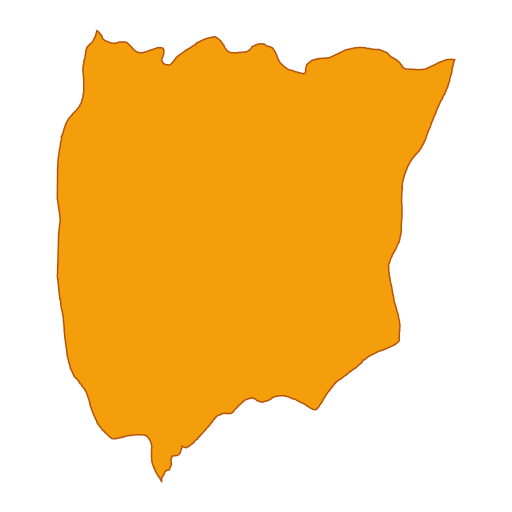 outline of Cidade De Nampula, Nampula, Mozambique
{"feature_id": "85939544B70859422468328", "entity_name": "Cidade De Nampula", "entity_type": "district", "adm_level": 2, "iso_a3": "MOZ", "parent_name": "Mozambique", "parent_adm1": "Nampula", "projection": "equal_earth", "projection_center": [39.268, -15.115], "detail": "fine", "context": "isolated", "style": "filled", "palette": "amber", "viewbox_px": 512, "rotation_deg": 0, "n_neighbors": 0, "source": "geoboundaries", "source_scale": "gbopen_adm2", "svg_char_len": 5830}
<svg xmlns="http://www.w3.org/2000/svg" viewBox="0 0 512 512"><path d="M57.6,169.0L57.3,198.9L58.1,202.4L58.1,204.2L58.5,205.8L58.7,209.0L59.5,212.2L59.5,213.9L59.9,215.7L60.2,220.7L59.5,225.5L59.1,230.2L58.6,234.3L57.9,262.7L57.6,267.7L57.6,273.1L57.3,275.9L58.1,281.9L59.0,292.0L59.4,294.0L59.4,295.5L59.8,297.1L59.8,298.6L60.4,300.1L60.8,303.2L60.8,304.6L61.2,306.0L61.2,307.5L62.5,312.6L62.5,314.0L63.4,317.5L63.3,320.8L63.8,322.6L63.8,324.2L64.1,325.9L64.3,332.3L64.6,333.7L64.8,337.6L65.3,339.7L65.3,341.2L65.7,342.6L65.7,344.2L66.1,345.8L66.1,347.4L66.5,348.8L66.5,350.2L67.0,351.7L67.0,353.2L67.4,356.6L68.3,359.8L68.8,362.5L70.2,366.3L70.2,367.8L74.4,376.7L78.1,380.2L80.0,383.7L81.2,384.3L82.1,386.1L84.5,389.2L86.5,392.7L88.9,399.5L90.4,405.9L93.0,413.1L95.4,418.7L96.5,420.4L96.9,422.3L98.0,424.1L102.7,430.3L104.3,431.5L105.2,432.8L107.9,434.9L108.9,436.3L111.9,438.6L115.6,438.8L119.1,437.8L120.2,437.8L121.6,437.3L122.9,437.3L125.3,436.2L126.4,436.2L127.7,435.6L130.8,435.6L132.1,435.1L135.0,434.8L142.1,434.8L144.7,435.1L147.0,436.3L148.1,437.6L150.4,440.9L151.8,446.0L151.5,451.1L151.5,457.6L151.8,459.5L151.8,461.2L152.6,464.4L155.4,471.1L156.3,473.0L157.4,474.3L158.2,476.3L159.7,477.6L160.2,479.0L161.1,480.9L161.6,481.3L161.6,478.3L164.3,473.7L165.1,471.6L166.6,470.5L169.4,469.8L169.9,467.9L170.8,466.3L171.3,464.7L171.0,459.6L171.7,457.3L172.9,455.9L177.1,455.5L178.7,454.6L180.1,453.0L181.5,448.6L182.4,446.9L182.2,446.3L185.8,447.8L189.3,446.1L190.3,444.9L191.8,444.2L194.0,442.4L195.0,440.5L197.2,439.3L197.6,437.9L199.1,437.2L200.2,435.6L205.9,429.4L206.8,428.0L208.5,426.7L211.1,423.1L212.3,422.1L213.0,420.1L214.5,419.2L215.1,417.6L216.3,416.9L217.5,415.7L218.6,415.0L219.7,415.0L222.3,413.7L223.8,413.4L230.3,413.6L232.5,412.5L234.0,411.0L234.5,409.7L235.6,409.0L236.9,407.7L239.0,405.2L241.1,403.8L242.1,402.4L244.5,400.7L245.7,399.4L247.0,399.5L249.5,398.3L253.0,398.0L255.7,399.3L257.2,400.7L261.5,402.1L262.8,402.1L265.7,401.0L267.1,401.0L271.1,398.9L272.6,397.5L275.6,396.4L279.6,395.8L284.6,395.7L285.7,396.4L286.9,396.4L288.6,396.9L293.1,399.0L294.6,399.0L300.5,402.3L303.2,403.4L305.5,404.6L306.9,405.9L308.4,406.6L309.8,407.7L312.3,409.0L314.4,409.7L316.4,409.5L317.4,408.1L318.4,407.6L319.1,406.0L321.7,402.5L322.7,400.7L323.3,399.3L324.3,397.9L326.3,394.6L327.3,393.4L328.3,391.6L329.5,390.8L330.0,389.4L331.5,388.1L332.1,386.7L333.2,385.9L333.9,384.4L335.3,383.5L336.0,382.1L337.6,381.3L338.4,380.0L340.0,379.5L341.4,378.6L344.1,376.2L346.3,375.0L347.5,373.6L348.8,372.9L349.9,371.6L351.2,371.1L352.8,369.7L355.6,367.9L359.8,364.1L360.9,363.5L362.1,362.3L362.5,360.3L364.4,359.9L368.5,356.5L376.2,352.7L378.2,351.5L383.5,349.8L390.2,346.9L395.3,344.4L398.9,341.3L399.3,339.7L399.3,332.6L399.7,330.9L399.7,328.0L399.9,326.3L399.9,324.6L399.5,323.0L399.5,321.0L398.5,317.7L398.5,316.1L398.1,314.5L397.5,312.5L396.6,310.5L396.6,309.0L393.9,300.2L393.9,298.5L392.4,292.2L392.4,290.7L391.9,289.1L391.9,287.7L390.1,280.5L390.1,278.8L389.2,275.3L389.2,273.3L388.8,271.7L388.6,264.4L389.4,263.0L390.9,258.1L392.0,256.3L392.4,254.5L393.4,253.6L393.8,252.2L395.9,248.9L396.8,246.8L397.9,243.8L399.0,242.3L399.9,239.1L399.9,237.6L400.9,234.5L400.9,232.9L401.3,230.7L401.3,225.1L401.9,217.4L402.0,206.9L401.6,202.3L401.6,197.2L401.8,195.2L401.8,191.3L402.2,189.9L402.2,185.3L402.6,182.1L404.6,174.5L407.1,168.2L407.6,166.5L408.6,165.3L409.1,163.9L409.9,162.3L412.9,158.0L417.7,152.4L419.2,151.0L419.8,149.5L421.0,148.6L421.5,146.9L423.6,143.6L424.2,141.9L425.2,140.1L428.5,130.6L430.1,127.4L431.6,122.5L432.5,120.9L434.1,116.6L436.0,112.4L437.1,108.9L438.0,107.4L439.1,104.6L441.0,100.6L442.0,99.4L443.6,95.3L444.7,94.4L445.1,92.7L445.9,91.3L446.4,89.5L447.4,87.9L448.8,82.7L449.7,80.8L449.7,79.1L451.9,72.0L451.9,70.3L452.3,68.2L454.0,61.2L454.7,59.7L451.3,59.3L447.8,59.5L445.2,60.1L442.7,61.2L440.6,61.8L439.5,62.5L438.4,62.5L437.0,63.6L425.1,69.2L423.7,69.2L422.2,69.6L416.0,69.6L414.8,69.4L405.6,69.1L402.4,67.0L401.9,65.4L400.9,64.7L399.9,62.8L398.5,61.5L395.7,59.3L391.2,56.9L388.4,54.4L387.4,53.0L386.0,52.3L379.3,49.5L375.4,49.5L370.3,48.9L369.1,48.4L366.5,48.4L365.2,47.7L358.5,47.4L357.3,47.8L354.5,47.8L352.9,48.4L351.6,48.4L350.2,49.1L348.8,49.1L347.5,49.7L346.1,49.7L331.9,56.6L329.0,57.8L317.7,58.7L316.5,59.3L315.4,59.3L311.9,60.4L309.2,62.4L306.6,64.9L305.6,69.9L305.6,71.9L304.7,73.6L303.3,73.6L301.2,73.3L299.7,72.7L298.5,72.7L297.2,72.0L295.9,72.0L291.7,70.2L290.3,70.2L287.3,69.0L285.9,67.7L284.8,67.1L280.0,62.7L277.2,57.1L276.8,55.5L274.5,50.6L273.5,49.9L273.0,48.5L272.0,47.6L269.3,46.5L267.8,46.4L266.4,45.7L263.8,43.9L258.9,43.9L256.0,44.8L253.5,46.2L251.9,46.7L251.1,48.5L250.0,49.7L247.2,51.5L245.2,52.0L236.8,52.6L235.8,52.9L230.5,52.6L228.2,51.5L226.6,50.1L225.1,48.1L223.4,44.5L222.3,43.8L221.7,42.0L219.3,39.6L215.6,36.9L213.3,36.9L207.1,38.3L206.0,39.0L204.9,39.0L196.2,43.2L195.3,44.6L192.7,46.0L188.8,48.7L185.9,50.1L184.4,51.5L177.8,56.1L175.2,58.7L174.6,60.1L171.1,64.0L168.6,65.3L167.5,64.7L165.9,64.7L163.5,63.6L161.7,60.5L161.9,58.7L162.8,56.9L163.3,54.8L163.8,53.5L163.9,50.0L162.9,48.2L161.5,47.7L157.4,47.7L153.5,49.2L149.4,50.5L145.5,52.1L144.1,52.1L142.8,52.8L140.4,52.8L138.3,52.4L135.8,51.3L134.1,50.0L130.3,45.7L126.9,42.6L124.5,41.9L118.9,42.1L115.6,43.3L112.9,43.3L110.5,42.8L104.9,40.5L102.6,38.6L102.1,36.7L101.3,34.9L100.1,34.2L99.3,32.5L97.9,31.3L96.8,30.7L95.6,35.9L92.3,42.2L89.9,44.1L87.0,47.4L86.5,48.6L85.6,52.4L85.6,53.8L85.2,55.3L85.2,57.4L84.4,59.1L83.9,61.2L83.9,62.7L83.1,66.1L82.9,70.0L83.2,74.3L83.5,75.9L83.5,77.6L83.8,79.7L83.7,91.8L83.0,95.6L83.0,97.4L82.1,99.5L81.2,103.1L80.1,104.5L79.7,105.9L76.3,110.4L73.4,113.0L70.1,117.3L68.7,118.5L66.0,123.5L63.9,129.4L63.1,132.9L61.2,136.9L61.7,137.5L61.1,140.7L60.4,143.4L60.4,145.6L59.2,150.8L59.2,152.3L58.3,157.2L57.6,169.0Z" fill="#f59e0b" stroke="#b45309" stroke-width="1.5"/></svg>